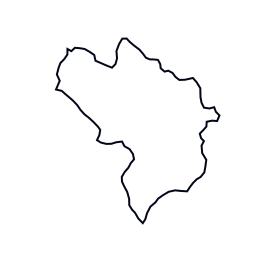 outline of São José do Alegre, Minas Gerais, Brazil, rotated 203°
{"feature_id": "56859067B14852467328130", "entity_name": "São José do Alegre", "entity_type": "district", "adm_level": 2, "iso_a3": "BRA", "parent_name": "Brazil", "parent_adm1": "Minas Gerais", "projection": "albers", "projection_center": [-45.516, -22.321], "detail": "fine", "context": "isolated", "style": "outline", "palette": "ink", "viewbox_px": 256, "rotation_deg": 203, "n_neighbors": 0, "source": "geoboundaries", "source_scale": "gbopen_adm2", "svg_char_len": 1464}
<svg xmlns="http://www.w3.org/2000/svg" viewBox="0 0 256 256"><g transform="rotate(203 128 128)"><path d="M214.6,177.1L212.5,171.9L213.6,166.5L215.6,161.4L215.4,156.5L214.4,149.5L209.3,144.8L209.3,135.3L203.5,136.3L198.9,134.7L194.3,133.3L189.6,131.8L183.8,129.3L178.6,126.0L173.2,123.5L168.2,122.2L162.0,120.0L156.2,117.5L152.8,115.4L151.6,110.3L151.8,104.7L147.3,104.0L141.7,104.9L137.1,107.0L133.2,110.3L128.2,113.2L124.1,109.8L118.4,109.2L113.3,106.0L110.2,101.5L111.7,96.8L112.1,91.7L113.9,86.1L114.6,80.5L112.5,76.2L108.7,72.8L103.7,68.8L99.2,63.1L96.7,57.5L92.5,54.5L88.4,52.7L83.1,48.7L77.2,46.2L76.4,50.7L77.2,56.9L76.6,64.5L73.7,70.2L72.7,74.7L69.7,79.6L65.6,85.2L60.3,89.0L54.5,90.8L48.8,92.8L48.0,97.5L46.7,102.7L44.7,107.7L42.0,111.3L40.4,117.0L41.8,123.1L43.5,129.3L49.9,133.9L53.4,140.5L53.0,145.6L56.9,147.3L59.7,150.9L57.7,156.0L56.4,160.0L58.0,164.5L53.5,167.6L48.7,169.2L48.7,175.3L53.5,177.3L56.8,180.8L60.7,177.8L66.0,176.4L70.2,180.0L73.2,184.5L74.9,188.2L77.0,192.9L82.8,197.0L87.8,199.4L94.2,194.8L99.5,192.3L104.4,193.6L108.5,196.1L113.3,196.5L116.4,194.2L121.3,195.8L123.3,199.4L127.0,202.4L131.0,201.2L134.8,199.7L139.0,199.7L143.0,202.1L148.1,204.6L155.2,206.4L160.2,208.0L164.2,209.8L168.2,208.0L169.0,201.8L168.7,194.3L165.3,187.8L164.5,181.9L166.3,177.3L173.4,177.1L178.6,177.2L184.2,177.2L187.6,182.0L192.9,183.1L198.8,183.8L203.9,182.5L208.2,181.1L210.2,176.6L214.6,177.1Z" fill="none" stroke="#020617" stroke-width="2"/></g></svg>